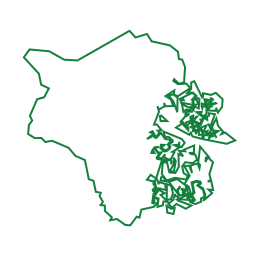 San Lorenzo, Valle, Honduras (orthographic projection), rotated 273°
{"feature_id": "27666195B73827570061080", "entity_name": "San Lorenzo", "entity_type": "district", "adm_level": 2, "iso_a3": "HND", "parent_name": "Honduras", "parent_adm1": "Valle", "projection": "orthographic", "projection_center": [-87.426, 13.441], "detail": "fine", "context": "isolated", "style": "outline", "palette": "green", "viewbox_px": 256, "rotation_deg": 273, "n_neighbors": 0, "source": "geoboundaries", "source_scale": "gbopen_adm2", "svg_char_len": 5975}
<svg xmlns="http://www.w3.org/2000/svg" viewBox="0 0 256 256"><g transform="rotate(273 128 128)"><path d="M201.3,25.6L193.1,20.3L177.5,36.2L166.7,39.0L163.4,46.9L154.3,42.7L152.0,35.8L135.0,29.4L130.5,31.9L125.8,28.9L116.8,28.6L113.0,35.5L113.5,42.0L109.7,46.2L111.3,52.8L105.1,69.7L97.5,76.9L93.7,86.7L74.9,91.5L73.5,96.3L62.6,99.2L61.9,104.2L58.5,103.2L53.0,106.8L49.6,104.7L49.4,108.9L44.0,109.3L38.0,116.5L35.0,115.1L36.5,121.8L31.1,130.2L30.9,135.4L39.9,141.3L39.1,144.2L47.2,145.5L50.6,157.9L56.1,162.0L59.1,160.9L59.1,157.0L55.3,158.6L54.0,157.4L54.4,156.1L63.7,156.9L69.0,161.4L68.8,160.3L66.4,157.3L66.4,156.4L67.8,155.9L70.2,158.6L73.3,156.4L75.9,156.2L77.4,149.6L82.4,153.1L79.0,158.8L96.3,163.2L97.9,170.7L98.5,158.9L100.0,158.2L103.2,160.3L108.5,155.9L106.9,154.1L104.4,155.7L104.4,152.6L107.2,153.6L110.2,155.7L110.7,160.0L109.3,155.5L105.0,159.8L105.4,162.7L99.5,158.9L99.7,163.6L103.7,166.3L100.5,165.7L98.1,172.1L106.1,175.6L106.5,173.6L111.1,180.2L113.3,175.1L114.0,179.4L116.9,180.2L112.7,179.7L111.7,182.6L116.2,185.4L119.8,182.3L126.3,163.7L120.9,165.4L121.1,169.3L117.7,173.4L116.4,173.3L113.6,169.2L112.0,171.3L109.9,170.9L107.3,168.3L106.4,165.5L109.4,161.5L113.0,161.7L113.0,165.2L109.7,162.0L107.5,167.3L111.1,170.7L113.5,168.5L118.4,172.0L118.9,165.7L124.8,161.2L119.7,156.9L119.8,155.1L122.6,153.5L120.6,152.2L118.0,147.4L123.4,153.9L124.9,150.5L126.1,152.6L120.1,156.7L125.4,159.5L126.9,157.8L127.6,161.6L133.0,156.7L132.7,153.8L146.0,158.1L151.4,156.2L148.1,157.9L151.5,163.3L155.0,162.8L151.7,164.1L152.3,172.1L158.7,169.4L161.8,163.8L168.0,172.3L163.7,172.0L162.3,176.0L171.1,188.2L175.4,183.9L174.4,175.7L177.4,170.8L179.1,171.5L174.9,176.7L176.5,181.6L191.8,181.8L199.1,178.6L199.6,175.2L206.8,173.9L212.7,165.5L215.8,147.0L222.9,142.1L218.8,130.8L225.1,124.4L192.8,74.0L192.9,60.7L200.5,45.3L201.3,25.6ZM147.0,182.5L149.6,185.3L148.8,189.2L147.5,190.2L147.4,185.6L144.6,186.2L145.2,188.7L143.2,186.1L146.8,184.5L142.7,184.7L136.2,179.7L137.3,181.9L132.6,185.6L136.4,185.4L138.6,190.4L142.3,189.7L144.4,193.2L142.2,191.5L141.1,193.4L141.1,194.2L142.8,195.4L143.0,196.3L140.6,194.5L141.5,191.3L139.8,190.9L136.1,199.6L139.1,201.2L140.6,199.0L139.7,201.6L142.8,202.4L147.4,195.6L147.9,201.3L146.5,199.2L143.5,202.5L146.3,205.7L153.3,205.2L153.6,201.6L151.5,201.2L154.1,200.3L156.4,200.4L155.1,204.2L160.9,202.8L160.0,208.5L158.3,204.0L152.9,206.5L157.0,206.9L158.3,209.5L162.0,209.1L161.7,210.7L160.6,211.4L160.1,209.8L158.3,209.9L156.9,208.3L156.0,208.3L157.6,214.2L157.2,214.7L155.3,210.1L153.1,210.8L154.8,209.2L149.7,207.0L149.7,214.6L150.1,215.2L151.3,214.7L151.9,215.3L148.1,217.0L154.0,220.8L161.7,221.0L167.7,213.8L165.4,209.3L166.6,201.1L163.3,201.3L162.4,200.4L178.2,191.7L176.8,188.8L170.2,189.0L166.1,185.5L166.8,191.0L163.7,194.6L160.0,192.3L162.3,194.8L160.6,197.9L151.2,197.6L153.1,193.2L149.0,192.4L148.6,191.6L151.0,191.9L150.4,189.7L152.7,191.7L151.7,187.5L154.7,180.6L147.0,182.5ZM68.0,193.6L60.8,191.5L67.8,196.6L77.0,194.4L78.8,199.2L78.2,203.0L76.3,203.7L74.1,201.2L71.7,206.0L65.9,208.6L63.1,208.7L59.2,206.9L67.4,215.4L70.7,211.6L70.5,216.2L79.6,213.8L78.6,210.4L80.5,213.4L86.3,211.7L98.3,214.7L102.9,209.3L98.1,207.1L102.5,207.3L103.3,210.2L113.2,201.0L96.9,199.9L94.9,201.9L91.5,201.5L96.2,199.4L93.8,192.3L86.3,194.3L93.6,191.2L93.0,186.1L83.6,192.1L74.8,187.1L72.8,191.5L68.0,193.6ZM77.6,169.4L80.7,177.4L79.6,188.8L83.6,190.1L85.7,186.0L92.5,184.1L96.8,187.0L96.3,194.6L100.0,198.7L105.1,196.5L105.2,193.0L106.3,190.2L106.6,195.1L114.0,195.0L109.1,184.8L107.7,186.2L107.8,180.3L102.7,184.6L104.7,179.7L92.0,180.8L85.6,177.7L85.8,171.6L95.9,168.7L95.1,164.5L83.8,164.2L77.6,169.4ZM120.8,203.5L117.4,227.5L121.2,235.7L128.6,225.2L126.9,221.7L129.3,223.1L135.1,217.7L142.2,215.7L133.7,211.9L129.9,213.0L129.7,218.5L126.6,214.5L122.8,217.0L126.7,213.9L129.5,216.4L126.1,209.8L125.5,212.3L123.4,213.7L125.1,212.3L121.1,209.0L124.5,210.3L125.2,204.0L123.5,204.3L120.8,203.5ZM132.7,194.1L134.7,196.3L133.7,198.4L126.7,202.9L132.4,201.0L134.7,206.2L127.4,203.2L129.1,207.4L126.9,206.3L127.0,208.8L130.1,211.3L136.5,207.9L133.8,210.2L146.4,214.1L147.0,207.9L144.4,208.2L143.3,204.7L142.6,206.5L140.3,206.7L142.2,203.4L134.7,200.4L138.1,191.4L132.7,194.1ZM121.0,202.5L125.4,202.9L124.8,199.2L128.3,198.9L127.8,196.1L125.3,196.5L129.2,194.8L128.1,192.7L131.6,193.6L132.0,189.7L133.2,192.9L137.1,190.1L133.5,186.9L131.4,188.2L128.9,188.3L135.3,181.9L130.9,175.9L124.4,189.6L126.3,190.8L123.0,192.9L121.0,202.5ZM59.6,198.6L58.1,196.8L57.6,193.1L55.6,199.2L58.2,204.9L61.4,204.6L63.7,208.1L70.3,206.1L74.3,200.2L76.9,203.0L78.0,198.8L76.1,195.4L66.8,197.8L64.5,195.4L59.6,198.6ZM72.6,183.3L68.1,181.0L63.3,182.9L64.2,186.3L69.2,186.0L69.5,183.9L70.2,185.8L66.9,187.5L73.1,189.4L79.6,179.8L76.4,171.6L65.5,180.8L69.2,180.6L72.6,183.3ZM156.1,179.7L154.4,192.5L157.2,190.9L158.5,191.6L154.1,193.0L155.6,196.7L159.8,195.2L159.8,190.6L163.9,194.0L166.5,190.4L160.4,179.4L160.2,181.3L158.6,182.3L158.7,178.8L156.1,179.7ZM54.7,180.4L50.4,190.0L53.9,195.3L58.2,181.4L62.5,181.7L62.2,179.0L64.6,178.5L58.4,176.8L54.2,172.1L50.9,176.4L54.7,180.4ZM52.6,166.8L56.4,167.2L56.4,171.4L62.9,164.1L64.8,168.1L67.8,162.0L60.6,157.7L59.2,162.2L50.8,161.5L52.6,166.8ZM65.3,176.3L72.6,174.1L73.9,169.8L58.2,170.4L59.1,174.6L65.3,176.3ZM69.5,161.1L68.0,168.9L74.1,168.1L75.6,161.7L73.4,161.6L77.8,159.9L77.0,157.3L70.1,159.2L66.8,156.9L69.5,161.1ZM161.1,175.9L164.0,171.0L162.2,167.2L157.0,171.9L146.3,176.4L161.1,175.9ZM86.8,176.1L97.4,177.4L100.7,175.3L94.6,175.7L87.3,172.2L86.8,176.1ZM59.6,181.8L59.2,197.4L62.8,195.0L60.2,191.3L64.0,190.2L59.6,181.8ZM44.5,177.8L50.4,178.8L49.6,175.2L52.3,170.5L45.5,171.7L44.5,177.8ZM65.5,191.3L72.0,190.1L64.3,187.1L65.5,191.3ZM137.0,166.7L142.2,160.5L141.7,159.2L136.6,160.2L137.0,166.7ZM76.6,169.6L81.3,165.3L80.4,163.6L77.4,163.3L76.6,169.6ZM129.2,198.9L133.3,197.2L132.7,194.6L129.8,194.4L129.2,198.9ZM93.9,173.2L96.9,173.3L97.7,172.7L93.9,173.2Z" fill="none" stroke="#15803d" stroke-width="2"/></g></svg>